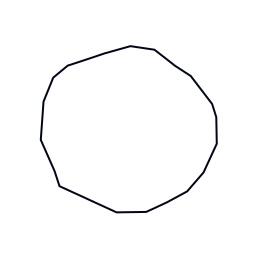 outline of Nakhchivan City, Naxçıvan, Azerbaijan, rotated 22°
{"feature_id": "54616110B79262118902245", "entity_name": "Nakhchivan City", "entity_type": "district", "adm_level": 2, "iso_a3": "AZE", "parent_name": "Azerbaijan", "parent_adm1": "Naxçıvan", "projection": "natural_earth1", "projection_center": [45.413, 39.213], "detail": "fine", "context": "isolated", "style": "outline", "palette": "ink", "viewbox_px": 256, "rotation_deg": 22, "n_neighbors": 0, "source": "geoboundaries", "source_scale": "gbopen_adm2", "svg_char_len": 421}
<svg xmlns="http://www.w3.org/2000/svg" viewBox="0 0 256 256"><g transform="rotate(22 128 128)"><path d="M140.0,50.3L123.2,45.5L99.6,51.2L78.2,67.7L62.8,80.9L48.7,92.8L39.8,109.3L39.8,135.2L51.6,171.7L76.0,195.4L86.3,207.6L148.6,210.5L149.0,210.5L176.3,199.0L191.8,182.5L206.6,164.6L214.7,140.9L216.2,109.3L205.8,84.9L197.0,74.2L166.7,56.3L148.3,52.7L140.0,50.3Z" fill="none" stroke="#020617" stroke-width="2"/></g></svg>